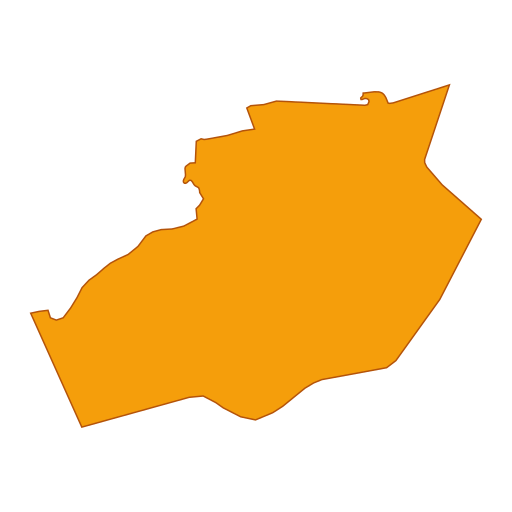 outline of Béchar
{"feature_id": "DZA-2148", "entity_name": "Béchar", "entity_type": "Province", "adm_level": 1, "iso_a3": "DZA", "parent_name": "Algeria", "parent_adm1": "", "projection": "robinson", "projection_center": [-2.712, 30.267], "detail": "fine", "context": "isolated", "style": "filled", "palette": "amber", "viewbox_px": 512, "rotation_deg": 0, "n_neighbors": 0, "source": "natural_earth", "source_scale": "10m", "svg_char_len": 1690}
<svg xmlns="http://www.w3.org/2000/svg" viewBox="0 0 512 512"><path d="M276.4,101.1L286.0,101.5L290.4,101.7L295.4,102.0L300.9,102.2L306.7,102.5L312.8,102.8L318.9,103.1L325.0,103.4L331.0,103.7L336.8,103.9L342.1,104.2L347.0,104.4L351.2,104.6L354.7,104.8L357.4,104.9L359.1,105.0L359.6,105.0L364.9,105.3L367.7,104.6L369.0,101.7L368.7,99.9L367.5,98.9L366.1,98.5L364.7,98.5L362.1,99.5L361.0,99.5L360.7,98.1L361.0,97.6L362.1,96.7L362.5,96.3L363.0,95.4L363.1,94.7L363.1,94.0L363.2,93.0L364.3,93.0L374.2,91.8L378.8,91.9L380.3,92.3L381.6,92.8L382.2,93.1L382.7,93.5L383.5,94.2L384.2,95.0L385.0,96.2L385.9,97.7L388.1,103.1L389.7,103.4L393.2,102.9L449.4,84.9L424.6,159.5L424.7,162.7L426.8,167.1L442.1,184.8L481.3,219.3L439.8,299.4L395.9,360.6L386.6,367.7L321.8,379.6L313.7,382.9L304.9,388.2L282.7,406.3L272.7,412.7L255.5,419.9L240.7,416.8L223.3,407.9L215.8,402.6L203.2,396.0L189.2,397.3L81.8,427.1L30.7,313.2L39.1,311.4L48.0,310.3L50.4,317.8L56.3,320.1L63.2,317.8L70.7,307.9L77.1,297.5L82.1,287.6L89.1,280.1L96.5,274.8L104.4,267.9L110.4,263.2L117.8,259.2L128.1,254.5L138.0,246.4L145.9,235.9L152.8,231.9L161.2,229.6L172.0,229.0L183.8,226.1L197.1,219.1L196.6,213.9L196.1,208.7L199.6,205.2L203.5,198.8L199.7,192.6L199.6,191.0L199.3,189.5L198.7,187.9L197.8,187.2L195.3,185.9L194.1,184.7L192.2,181.6L191.2,180.5L189.9,180.2L188.9,180.7L186.8,182.7L185.6,183.3L184.4,183.2L183.6,182.4L183.3,181.0L183.8,179.4L185.3,176.8L185.5,174.9L185.0,168.6L185.3,167.1L186.2,166.0L190.1,163.1L195.3,162.8L196.3,141.3L201.1,138.8L204.1,139.5L206.7,139.2L227.2,135.5L231.2,134.3L242.3,130.9L254.6,129.1L251.6,121.0L246.8,108.0L250.8,105.7L263.8,104.6L276.4,101.1Z" fill="#f59e0b" stroke="#b45309" stroke-width="1.5"/></svg>